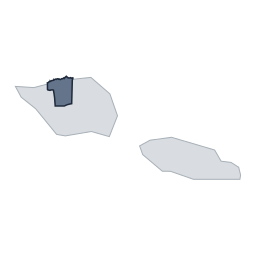 Gagaifomauga III, Gaga'ifomauga, Samoa (highlighted)
{"feature_id": "51752279B86884772728329", "entity_name": "Gagaifomauga III", "entity_type": "district", "adm_level": 2, "iso_a3": "WSM", "parent_name": "Samoa", "parent_adm1": "Gaga'ifomauga", "projection": "albers", "projection_center": [-172.519, -13.545], "detail": "fine", "context": "in_parent", "style": "filled", "palette": "slate", "viewbox_px": 256, "rotation_deg": 0, "n_neighbors": 0, "source": "geoboundaries", "source_scale": "gbopen_adm2", "svg_char_len": 2342}
<svg xmlns="http://www.w3.org/2000/svg" viewBox="0 0 256 256"><path d="M90.9,77.4L109.9,93.9L117.5,115.8L109.3,136.6L91.3,131.5L65.3,135.9L56.6,134.4L35.7,108.8L21.2,97.2L15.4,86.4L33.9,87.6L60.8,80.5L90.9,77.4ZM239.9,179.3L193.4,179.3L170.5,171.3L162.3,171.2L142.7,154.6L139.6,145.9L150.0,140.2L171.5,137.3L214.6,150.0L221.1,161.2L231.0,162.4L238.7,167.3L240.6,175.1L239.9,179.3Z" fill="#d9dde1" stroke="#a8b0b8" stroke-width="1"/><path d="M73.0,78.0L72.9,77.9L72.6,77.9L72.4,77.9L72.2,77.9L71.9,77.9L71.7,78.0L71.4,78.2L71.2,78.0L70.9,78.0L70.8,77.9L70.7,77.9L70.6,77.7L70.4,77.6L70.2,77.7L69.9,77.8L69.7,77.9L69.6,78.0L69.4,78.0L69.1,78.0L68.9,78.0L68.6,78.0L68.5,77.9L68.4,77.9L68.2,77.9L68.0,77.7L67.9,77.7L67.7,77.6L67.6,77.4L67.4,77.4L67.3,77.2L67.2,77.2L67.0,76.9L66.9,76.9L66.7,76.8L66.4,76.8L66.1,76.8L65.9,76.8L65.9,76.7L65.8,76.8L65.7,76.8L65.4,77.0L65.2,77.3L65.1,77.5L64.9,77.6L64.8,77.8L64.7,77.8L64.4,77.9L64.3,78.0L64.2,77.9L64.0,78.0L64.0,77.9L64.0,78.0L63.9,77.9L63.7,77.9L63.6,78.0L63.4,78.1L63.3,78.3L63.2,78.4L63.3,78.4L63.2,78.5L62.9,78.7L62.7,78.7L62.4,78.7L62.2,78.7L61.9,78.7L61.7,78.7L61.6,78.8L61.4,78.9L61.3,79.0L61.2,79.0L60.8,79.3L60.7,79.4L60.6,79.5L60.4,79.5L60.2,79.5L60.0,79.4L59.9,79.4L59.7,79.3L59.6,79.2L59.5,79.3L59.4,79.3L59.2,79.2L59.2,79.3L58.9,79.3L58.7,79.3L58.6,79.2L58.4,79.2L58.2,79.1L58.0,78.9L57.9,78.9L57.7,78.8L57.4,78.8L57.2,78.8L56.9,79.0L56.9,78.9L56.9,79.0L56.7,79.1L56.4,79.1L56.2,79.2L55.9,79.2L55.6,79.2L55.4,79.1L55.2,79.2L55.1,79.3L54.9,79.4L54.8,79.5L54.7,79.5L54.4,79.7L54.3,79.8L54.2,79.8L54.0,80.0L53.9,79.9L53.9,80.0L53.7,80.2L53.5,80.3L53.4,80.3L53.1,80.3L52.9,80.4L52.7,80.4L52.4,80.5L52.2,80.5L51.9,80.6L51.7,80.6L51.4,80.8L51.2,80.9L51.0,81.0L50.9,81.0L50.7,81.1L50.4,81.3L50.3,81.2L50.3,81.3L50.1,81.3L49.9,81.4L49.7,81.4L49.6,81.5L49.4,81.5L49.2,81.6L49.0,81.8L48.9,81.9L48.8,82.0L48.7,82.1L48.6,82.3L48.4,82.4L48.2,82.6L47.9,82.8L47.7,82.8L47.4,82.8L47.5,89.5L47.7,89.8L47.9,89.9L48.0,90.0L48.3,90.0L48.6,90.1L48.8,90.1L49.0,90.2L49.5,90.3L50.1,90.3L50.3,90.3L50.6,90.1L50.8,90.1L51.0,90.0L51.3,89.9L51.6,89.9L52.0,89.9L52.5,89.9L52.8,89.9L53.0,90.0L53.4,90.1L54.0,93.5L54.6,97.8L55.2,106.0L56.5,106.0L58.1,106.0L60.2,106.0L62.7,106.0L63.3,106.0L64.3,106.0L66.9,104.8L69.9,104.0L71.7,103.7L72.3,80.2L73.0,78.0Z" fill="#64748b" stroke="#1e293b" stroke-width="1.5"/></svg>